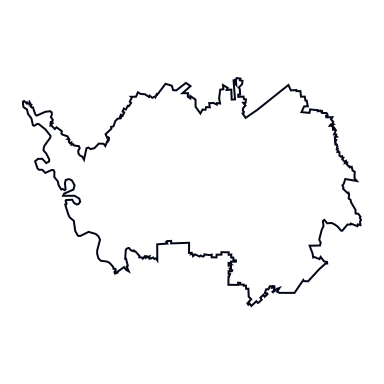 Acayucan, Veracruz, Mexico
{"feature_id": "50627088B90009998079427", "entity_name": "Acayucan", "entity_type": "district", "adm_level": 2, "iso_a3": "MEX", "parent_name": "Mexico", "parent_adm1": "Veracruz", "projection": "robinson", "projection_center": [-95.057, 18.028], "detail": "fine", "context": "isolated", "style": "outline", "palette": "ink", "viewbox_px": 384, "rotation_deg": 0, "n_neighbors": 0, "source": "geoboundaries", "source_scale": "gbopen_adm2", "svg_char_len": 5917}
<svg xmlns="http://www.w3.org/2000/svg" viewBox="0 0 384 384"><path d="M243.9,99.1L243.6,96.6L238.3,96.9L238.2,94.6L240.1,94.5L239.8,89.2L238.8,87.5L242.1,84.2L242.5,80.8L239.9,80.3L240.4,78.6L236.6,78.1L236.1,79.7L234.5,79.8L234.4,81.1L236.0,81.4L236.3,85.0L233.7,82.0L235.0,99.4L231.7,99.6L231.3,89.6L226.7,89.9L227.7,87.9L223.0,85.1L223.4,89.2L220.2,89.7L219.1,98.5L220.1,103.5L217.0,103.1L216.8,104.6L213.7,103.0L209.2,103.1L209.8,107.3L206.1,107.1L205.5,109.8L202.6,109.5L200.4,113.5L195.6,106.8L195.5,99.6L190.3,96.0L190.3,98.4L187.8,96.7L188.0,93.2L182.5,93.2L190.5,86.1L185.9,82.9L176.3,90.4L173.1,90.1L171.8,85.7L165.5,83.8L157.3,94.7L156.7,94.2L155.5,97.1L155.1,96.4L152.4,97.8L149.7,95.7L149.1,97.0L145.1,94.3L140.5,93.9L137.9,92.3L136.0,96.7L131.0,96.8L131.8,97.6L129.8,101.7L131.1,102.9L128.7,106.3L127.7,105.9L125.9,109.5L123.9,108.5L122.6,111.6L124.2,112.4L122.7,115.7L120.9,114.7L120.1,116.6L121.3,117.1L120.6,118.4L117.8,118.6L116.6,119.7L115.3,121.1L113.5,126.3L111.1,126.9L111.4,128.7L105.6,134.2L107.2,137.8L108.2,137.2L109.0,137.9L108.8,140.1L108.1,141.2L107.6,140.6L105.3,146.0L103.6,143.8L98.8,143.6L94.5,148.1L90.5,149.1L88.5,147.6L86.5,148.2L84.0,159.7L82.3,156.6L80.3,155.8L78.5,153.7L78.2,150.7L79.7,148.2L78.9,146.2L74.0,145.5L73.2,144.2L71.5,144.8L71.4,142.5L69.9,143.3L68.8,141.7L69.4,139.7L67.7,139.1L68.8,138.5L67.5,136.3L62.4,134.6L61.4,133.6L61.8,131.1L56.5,127.3L54.8,129.0L51.1,125.2L50.5,125.5L50.6,123.6L51.5,124.2L51.4,122.8L52.3,122.8L51.4,121.7L52.4,121.4L52.8,119.8L50.9,117.2L51.9,114.5L51.7,112.4L50.2,111.2L45.3,111.8L36.7,115.6L35.3,114.4L32.9,107.3L31.8,107.5L30.6,106.3L31.3,104.8L30.0,104.7L30.5,103.9L29.5,102.0L28.9,103.6L26.9,103.6L26.8,102.6L26.3,103.0L24.0,101.0L23.0,101.7L23.0,103.9L23.5,107.1L27.0,109.5L28.0,113.9L31.4,118.4L32.9,125.2L34.2,125.8L37.3,123.9L38.9,124.2L45.3,129.3L50.6,135.9L50.2,137.8L44.4,145.8L43.5,149.3L43.6,150.6L46.2,153.4L49.2,159.3L49.1,161.5L46.2,163.1L42.3,158.8L37.9,158.9L35.1,161.3L37.5,168.4L38.9,169.7L42.3,169.8L45.3,172.9L51.7,170.0L53.5,170.1L54.4,171.7L54.3,177.0L57.8,181.4L58.7,185.4L61.3,189.5L62.7,189.0L64.7,190.2L65.6,189.3L64.9,183.1L65.8,179.9L69.1,179.1L71.9,180.4L74.6,185.3L73.4,189.6L64.2,193.6L63.1,195.8L74.6,195.8L79.3,198.6L80.2,201.7L78.6,203.9L76.9,204.5L74.2,203.1L72.1,199.7L66.0,200.1L65.6,201.1L66.6,203.3L66.2,204.4L65.3,204.4L65.4,205.3L68.2,214.1L69.6,217.3L73.8,220.8L75.2,230.9L77.9,235.7L80.2,236.0L88.6,231.9L95.6,233.9L98.4,236.2L100.0,239.7L97.2,250.5L97.1,253.4L98.3,258.1L100.7,260.7L107.1,261.6L109.6,262.9L113.2,266.9L113.4,268.7L115.5,269.0L115.7,270.3L114.4,272.0L115.0,273.3L115.5,272.5L116.1,273.2L117.6,272.6L117.3,271.9L124.0,267.1L125.9,269.6L128.7,271.3L126.7,266.5L127.8,265.8L126.0,258.7L125.2,258.8L125.8,249.8L126.8,248.6L128.9,247.9L130.8,250.2L132.3,250.9L133.7,250.4L134.0,251.3L135.5,251.5L139.5,256.0L139.2,257.3L141.8,257.5L142.8,258.7L144.1,257.1L145.1,257.7L145.0,256.2L146.5,256.2L146.4,257.5L149.6,256.3L149.0,259.4L149.6,258.0L150.5,258.6L153.3,257.5L154.4,259.0L156.0,258.4L157.3,260.3L157.2,244.3L167.2,243.6L166.4,242.2L167.1,242.2L167.1,241.1L171.1,240.9L171.1,243.4L189.1,242.8L189.0,252.9L191.3,252.8L190.9,254.2L192.4,253.8L193.1,256.2L195.0,254.4L199.6,256.5L200.7,255.5L202.9,256.6L204.4,255.5L204.4,254.4L209.5,255.1L211.7,254.6L211.7,257.3L216.5,257.4L216.6,254.7L221.4,254.7L221.4,252.2L228.7,252.3L228.7,254.8L231.3,254.5L231.1,257.5L234.2,257.6L233.4,257.6L233.4,260.3L235.9,260.3L235.9,261.7L231.0,261.7L231.0,263.0L230.1,263.0L230.7,263.6L228.6,263.0L228.6,265.7L231.0,265.7L231.0,268.5L229.7,268.5L230.1,269.4L232.3,270.2L231.9,271.2L228.6,271.2L228.6,273.9L230.0,273.9L229.1,276.6L228.5,276.6L228.4,284.8L238.1,284.9L238.1,282.7L240.1,282.8L239.5,284.5L243.7,284.6L243.7,285.7L245.9,285.6L246.1,288.8L248.4,288.7L248.7,296.7L251.2,299.2L247.4,303.4L248.3,304.7L249.7,303.7L251.4,305.9L256.4,301.2L257.8,302.9L258.9,302.4L261.7,299.6L260.4,297.7L263.3,294.9L264.7,296.8L267.5,294.2L267.2,293.4L264.8,293.3L266.1,289.3L268.4,289.3L269.8,286.3L272.1,286.2L271.8,287.8L273.0,287.6L272.9,286.1L274.3,286.2L274.6,287.6L273.5,291.3L272.6,291.8L273.0,292.2L277.1,288.8L279.5,287.9L277.1,291.7L279.5,292.9L294.5,292.9L303.3,280.0L303.9,281.1L308.1,281.3L319.1,269.3L325.3,263.7L327.2,263.5L327.0,261.9L324.1,261.4L320.6,256.9L319.5,259.1L314.0,256.9L313.2,257.4L312.5,253.3L309.6,245.7L320.0,245.5L320.7,242.8L319.3,239.9L319.6,238.0L321.7,229.9L323.5,226.2L322.9,221.1L323.7,220.3L324.3,219.9L327.2,223.3L331.6,223.0L334.6,224.4L337.8,226.7L340.9,230.5L342.2,230.8L347.5,224.5L350.6,224.5L350.9,223.6L357.4,226.2L357.8,224.4L360.4,225.1L360.0,221.7L361.0,220.0L359.9,218.0L360.5,216.9L358.3,213.8L355.6,213.5L355.5,209.9L351.1,202.4L350.5,199.7L348.7,198.6L349.1,194.3L348.5,192.7L347.7,193.2L343.1,188.8L343.5,187.5L342.4,185.4L343.8,183.7L345.3,179.0L356.8,181.0L354.5,178.3L354.7,171.7L352.6,170.5L351.7,166.8L349.9,167.4L349.5,166.3L348.8,166.5L346.7,164.1L347.2,162.8L345.9,163.0L346.5,162.5L346.0,160.9L344.6,161.8L342.3,159.2L343.3,157.7L342.2,157.4L342.1,156.2L340.5,156.6L339.5,155.6L339.4,152.2L337.5,151.9L338.2,150.9L336.8,149.5L337.8,148.5L336.9,147.8L337.4,146.4L336.8,144.6L335.5,144.6L335.8,143.1L335.0,142.1L336.3,140.0L335.6,139.5L335.1,140.6L334.8,137.2L336.9,136.7L335.9,135.8L336.2,134.5L334.1,134.4L335.9,130.2L334.5,128.3L334.5,129.7L333.0,129.8L332.7,125.8L329.8,125.8L330.8,124.5L333.3,124.1L332.4,123.5L333.3,121.8L331.0,119.4L332.4,117.2L326.3,117.3L326.1,115.8L327.6,115.4L327.2,113.8L326.4,113.0L322.1,113.0L322.1,111.1L320.6,111.5L320.4,110.6L317.8,111.2L317.9,110.2L310.1,109.4L309.5,112.9L301.5,112.1L304.2,106.3L307.8,106.3L306.7,100.6L305.4,100.5L304.8,96.6L301.0,96.7L300.4,91.1L296.4,91.1L296.3,90.0L290.9,90.4L288.4,85.0L257.5,109.7L245.6,117.9L242.6,113.4L243.6,113.1L243.9,111.8L242.8,110.6L243.1,108.2L245.5,105.5L243.3,102.8L245.5,102.8L246.0,99.4L243.9,99.1Z" fill="none" stroke="#020617" stroke-width="2"/></svg>